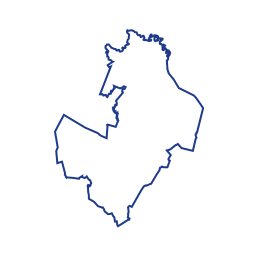 Rugāju pag., Rugaju, Latvia (Albers equal-area conic projection), rotated 107°
{"feature_id": "27541924B16016350792540", "entity_name": "Rugāju pag.", "entity_type": "district", "adm_level": 2, "iso_a3": "LVA", "parent_name": "Latvia", "parent_adm1": "Rugaju", "projection": "albers", "projection_center": [27.003, 57.014], "detail": "fine", "context": "isolated", "style": "outline", "palette": "blue", "viewbox_px": 256, "rotation_deg": 107, "n_neighbors": 0, "source": "geoboundaries", "source_scale": "gbopen_adm2", "svg_char_len": 5768}
<svg xmlns="http://www.w3.org/2000/svg" viewBox="0 0 256 256"><g transform="rotate(107 128 128)"><path d="M54.3,172.5L55.1,172.6L56.0,173.3L56.7,173.4L58.1,172.8L60.3,169.3L60.7,169.3L60.4,169.9L61.0,170.0L60.9,170.3L61.4,170.9L62.0,171.1L62.8,170.5L63.0,170.0L63.5,169.6L63.3,169.4L65.7,168.8L65.6,167.9L65.9,167.6L66.2,167.2L68.2,166.6L68.3,166.3L68.2,165.7L68.2,164.0L69.0,163.0L68.9,162.9L69.0,161.8L73.8,165.8L74.2,165.5L75.6,163.4L74.8,162.9L74.3,162.4L104.0,164.6L103.5,163.0L103.1,162.5L104.1,161.0L102.8,159.0L104.3,157.6L104.5,156.8L100.8,156.2L100.6,155.8L100.8,155.5L100.2,154.5L99.0,154.5L98.1,155.1L97.3,155.0L97.5,153.7L94.1,153.1L94.2,152.5L93.8,152.4L91.9,153.7L92.4,147.1L90.6,144.9L89.3,144.2L89.5,142.3L91.5,142.6L91.8,142.9L92.3,144.1L92.9,144.5L94.7,144.3L95.0,144.1L95.5,143.3L95.7,143.2L105.2,147.3L105.9,147.2L106.7,146.4L107.7,145.9L108.3,145.9L108.8,145.6L109.3,145.6L109.7,146.0L109.3,145.9L109.1,146.0L109.5,147.0L110.6,147.0L110.6,146.6L111.0,146.5L111.7,146.7L111.6,147.0L112.4,147.4L112.6,148.2L113.1,148.4L113.2,148.2L113.6,148.1L113.9,147.7L113.6,147.3L113.6,147.1L114.2,147.2L114.4,147.6L114.9,147.5L114.9,147.3L114.6,147.2L114.6,146.9L114.7,146.7L114.8,146.7L114.9,147.0L115.1,147.1L115.3,146.9L115.7,146.8L116.3,146.3L115.9,145.6L116.2,145.7L116.3,145.3L117.2,145.0L117.2,144.8L116.5,144.6L116.8,144.4L116.7,144.1L117.2,144.1L117.5,143.6L117.4,143.2L116.8,143.4L116.9,143.1L116.7,142.9L117.1,142.9L117.0,142.4L117.1,142.0L117.6,142.1L117.6,142.3L117.8,142.5L118.2,142.6L118.4,142.4L118.3,142.1L118.6,142.0L119.0,142.3L119.7,142.2L119.8,142.2L119.7,142.0L120.0,141.9L120.4,142.0L120.6,142.2L121.2,142.2L121.4,142.0L121.2,141.8L121.6,141.8L121.5,141.5L122.0,141.2L122.0,140.8L122.3,140.8L122.1,140.5L122.2,140.4L122.5,140.3L122.5,140.6L123.1,140.5L123.8,140.2L124.0,139.9L124.0,139.6L130.5,140.1L130.7,148.5L131.3,148.9L131.7,148.3L132.4,148.1L144.0,145.5L143.3,151.6L142.7,153.4L142.0,154.8L141.7,155.7L140.2,168.9L137.2,181.1L134.2,193.1L148.2,195.9L152.8,196.7L153.1,196.6L167.2,189.5L171.0,189.9L182.3,185.3L179.5,181.3L189.5,175.1L190.2,174.8L191.1,174.8L191.8,173.8L193.1,173.0L193.4,172.4L193.1,172.4L192.7,170.1L192.0,167.0L191.2,162.1L190.8,160.1L190.3,160.3L187.4,157.8L188.3,157.6L188.5,154.8L187.1,153.6L186.4,153.3L188.7,150.6L189.1,148.9L191.5,147.0L193.1,147.5L194.0,147.1L195.1,147.8L195.3,148.7L194.6,148.6L194.6,149.2L193.3,149.4L195.2,149.6L196.8,148.8L200.6,147.4L202.2,146.7L202.9,146.1L207.1,144.7L208.5,138.9L211.5,133.8L211.7,129.0L211.4,128.8L212.6,127.3L214.5,126.0L216.2,122.0L215.4,120.0L214.3,118.5L216.5,116.5L217.3,115.1L221.3,113.0L220.5,111.5L224.0,109.8L224.8,108.8L216.1,101.3L215.5,101.1L215.3,100.0L214.1,100.1L213.6,102.0L211.1,102.3L209.8,103.0L208.4,102.7L203.7,104.8L202.0,103.8L202.3,101.3L184.3,97.3L180.8,96.3L178.7,95.5L177.8,94.4L177.6,93.9L177.8,93.7L176.4,91.8L175.2,90.7L174.6,89.6L164.0,87.0L158.9,85.5L158.2,85.7L156.6,85.7L155.8,84.7L154.9,84.2L155.2,82.8L154.0,78.8L147.0,78.5L146.9,79.5L145.8,80.3L141.4,79.2L138.1,84.3L136.8,82.2L136.7,82.2L136.1,81.3L131.2,78.0L130.4,77.4L130.2,76.9L128.7,75.7L131.3,71.4L131.5,70.4L130.9,59.3L118.4,60.1L117.3,59.7L114.8,61.4L114.4,61.2L114.0,61.3L113.2,60.8L112.3,61.2L111.9,60.8L111.4,60.7L87.0,62.0L84.3,65.3L79.2,71.8L77.6,74.7L74.9,91.1L68.2,98.5L63.9,105.0L60.4,107.4L52.4,110.5L51.9,110.2L51.1,110.3L50.7,109.8L49.8,109.9L48.9,110.3L48.1,110.2L48.2,111.0L48.0,111.6L47.8,111.7L46.7,111.8L45.7,111.0L45.1,110.9L44.9,110.6L45.1,110.4L46.4,110.5L46.7,110.3L46.7,110.1L46.2,109.7L45.3,109.6L44.1,109.8L43.7,109.7L43.5,110.0L42.8,110.7L42.0,111.7L42.0,112.1L43.7,111.8L44.0,111.9L44.6,113.0L45.1,113.4L45.1,113.6L43.0,113.9L42.8,113.6L42.3,113.5L42.0,114.1L41.7,114.3L40.9,115.3L40.8,115.6L41.3,115.8L41.8,116.7L42.2,116.3L43.1,116.7L43.2,116.9L43.2,117.4L43.0,117.9L42.6,118.1L41.8,118.0L40.7,118.7L39.9,118.9L39.8,118.6L40.5,117.8L40.3,117.3L39.1,117.2L38.5,116.6L38.3,116.6L37.9,118.7L38.0,118.8L38.6,118.7L38.8,118.9L38.0,120.9L38.4,121.6L38.4,121.8L38.0,122.2L37.2,122.5L36.0,122.7L35.5,122.4L35.2,121.9L34.9,121.9L34.7,122.3L34.2,122.8L33.6,122.9L33.3,122.7L33.2,122.3L33.2,121.8L33.4,121.2L33.4,120.9L32.7,120.9L32.5,121.2L32.5,121.9L32.7,122.4L33.0,124.6L33.3,125.6L34.0,125.7L34.7,125.3L35.2,124.8L35.4,124.8L35.8,125.2L35.6,125.9L35.6,126.3L36.9,126.9L37.0,127.4L36.7,127.9L35.9,128.5L34.4,129.0L33.6,128.8L32.6,128.1L32.5,127.6L32.8,126.8L32.8,126.4L32.6,126.0L32.3,125.9L31.6,126.1L31.3,126.9L31.2,127.2L31.4,128.2L31.4,129.2L31.5,129.7L31.7,130.0L32.5,130.2L33.4,131.5L33.3,131.9L32.0,132.6L31.8,132.8L31.8,133.2L33.2,133.9L33.6,133.9L34.3,133.4L34.2,132.8L34.4,132.5L35.1,132.9L35.2,133.8L35.3,134.0L36.8,134.2L37.3,133.9L37.5,133.4L37.9,132.9L37.3,132.1L37.1,131.6L37.5,131.5L38.0,131.8L38.6,133.3L38.7,134.8L38.5,136.2L38.8,136.6L38.7,137.1L39.1,137.8L39.2,138.7L39.1,138.9L38.4,139.0L37.6,138.7L36.8,138.7L35.3,140.1L35.4,140.4L35.8,140.9L36.4,141.2L36.8,141.6L37.2,142.5L36.8,142.9L36.1,143.1L35.7,143.4L35.7,144.0L36.2,145.4L35.9,146.1L35.3,146.8L34.8,147.1L34.1,147.7L34.1,148.3L34.3,149.3L34.2,149.8L33.7,150.6L33.6,151.5L33.3,152.2L33.3,152.4L33.6,153.1L33.8,154.0L34.5,155.1L34.9,155.9L34.9,156.5L34.7,157.1L34.9,157.3L35.7,157.3L37.1,156.6L37.4,156.2L37.9,154.8L38.1,154.5L38.5,154.2L41.3,153.7L42.3,153.4L43.7,154.0L46.4,153.9L46.9,153.4L47.1,152.1L47.5,151.8L48.2,152.3L48.7,153.2L49.9,154.7L50.5,154.7L51.7,153.9L52.3,154.1L52.8,154.8L52.5,156.2L52.6,156.6L52.8,156.8L53.4,156.8L54.3,155.8L54.7,155.7L55.5,155.8L56.3,156.3L57.1,157.4L57.3,158.2L57.0,158.7L56.0,159.1L55.9,159.3L55.9,159.7L56.6,160.7L57.2,161.2L57.2,161.5L57.1,161.9L56.3,162.6L56.1,162.9L56.4,164.7L56.1,166.3L56.1,167.0L56.0,167.6L55.3,168.4L53.8,170.8L53.8,171.1L54.2,171.9L54.3,172.5Z" fill="none" stroke="#1e3a8a" stroke-width="2"/></g></svg>